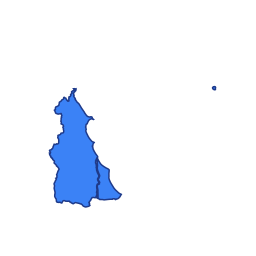 Takua Pa, Phangnga, Thailand (orthographic projection), rotated 154°
{"feature_id": "78962969B86019353442573", "entity_name": "Takua Pa", "entity_type": "district", "adm_level": 2, "iso_a3": "THA", "parent_name": "Thailand", "parent_adm1": "Phangnga", "projection": "orthographic", "projection_center": [98.301, 8.816], "detail": "fine", "context": "isolated", "style": "filled", "palette": "blue", "viewbox_px": 256, "rotation_deg": 154, "n_neighbors": 0, "source": "geoboundaries", "source_scale": "gbopen_adm2", "svg_char_len": 5836}
<svg xmlns="http://www.w3.org/2000/svg" viewBox="0 0 256 256"><g transform="rotate(154 128 128)"><path d="M221.1,105.1L221.7,102.2L222.3,101.4L222.4,100.8L223.0,100.3L223.8,98.8L223.9,98.2L223.9,96.7L223.7,95.8L224.1,94.4L224.5,93.5L224.4,92.7L224.2,92.4L223.1,91.6L222.4,91.3L221.7,91.2L221.2,90.3L220.4,89.6L218.7,90.8L218.4,90.9L217.6,90.9L216.7,90.4L216.5,89.9L215.9,89.4L215.0,89.0L214.2,88.5L213.3,88.2L212.9,88.0L212.6,86.8L212.0,86.5L211.8,85.5L211.0,84.7L210.7,84.1L210.3,83.9L208.3,84.1L207.9,84.0L204.5,81.3L204.2,80.7L203.3,80.2L202.8,79.0L202.6,77.9L202.4,77.4L201.6,76.4L200.9,75.7L200.1,75.4L197.8,74.9L197.2,74.9L196.2,75.1L196.2,76.6L195.9,76.6L195.6,77.2L195.6,77.9L195.7,78.3L193.1,79.5L193.0,79.8L190.7,81.2L189.6,80.8L188.1,79.7L188.0,79.8L187.4,80.0L187.2,79.8L186.2,80.8L185.0,82.1L184.6,82.7L184.7,83.5L184.3,84.2L183.1,85.8L182.7,86.6L182.5,87.6L181.6,89.6L181.0,90.3L180.2,91.0L179.1,91.0L178.3,91.6L178.1,92.2L178.1,94.6L177.8,95.3L177.5,95.8L176.0,96.7L175.4,97.4L175.2,97.9L175.0,98.7L175.1,101.0L174.7,104.0L174.1,105.3L173.9,106.5L173.3,107.2L172.9,108.3L172.5,109.6L172.4,110.8L172.5,110.8L172.5,111.0L172.2,111.2L171.3,112.5L171.5,112.7L171.2,112.9L170.3,113.7L169.9,114.0L169.1,114.8L168.1,115.0L167.9,115.2L167.8,115.9L168.4,119.3L168.6,122.1L168.6,124.3L168.0,126.5L168.2,126.8L168.0,127.2L167.8,127.0L167.7,127.1L166.6,128.7L166.1,129.2L165.2,129.8L164.8,129.7L164.7,129.8L166.2,131.6L166.5,132.3L167.3,135.7L167.4,137.1L167.5,137.5L167.5,141.6L167.3,143.7L166.8,144.6L166.3,144.8L165.7,146.8L165.8,147.2L165.5,147.7L165.3,147.7L164.7,148.7L164.0,149.6L162.8,149.7L162.4,150.2L162.1,150.4L161.2,151.2L160.5,151.7L159.3,152.3L158.8,152.4L157.9,152.4L156.6,152.2L156.2,151.9L155.4,150.8L155.2,150.8L155.6,151.7L155.7,152.4L155.6,153.4L155.7,153.9L156.1,154.1L156.8,154.5L157.6,154.6L159.2,156.0L159.4,156.3L160.0,158.4L160.3,160.4L160.4,160.5L160.3,161.2L161.1,166.6L161.3,169.3L161.4,169.8L161.4,170.1L161.4,170.8L161.8,172.1L162.5,173.8L162.5,174.6L162.9,176.0L162.9,176.5L162.7,176.5L162.6,176.8L162.6,177.0L162.7,177.4L162.5,177.9L162.7,178.6L162.9,180.3L162.6,180.5L162.5,181.0L162.1,181.1L162.1,181.8L161.9,183.1L161.2,183.3L161.0,183.6L160.5,183.8L160.2,184.1L159.9,184.0L159.7,184.3L159.1,184.3L158.9,184.5L158.6,184.5L158.7,185.2L158.0,185.4L158.1,185.6L157.9,185.8L158.0,185.8L158.0,186.1L158.4,186.2L158.3,186.3L158.4,186.5L158.8,186.8L159.1,186.8L159.7,187.1L159.6,186.4L159.7,186.0L160.2,185.7L160.7,185.6L161.7,185.6L162.8,185.3L163.0,185.0L162.9,184.6L163.0,184.2L164.0,183.5L164.4,183.5L164.9,183.2L165.1,183.0L165.0,182.5L166.0,181.7L166.3,181.6L167.2,181.8L167.6,181.7L168.0,180.5L168.4,180.3L169.2,178.3L170.0,178.3L170.5,178.7L170.5,179.7L170.9,180.2L170.8,180.6L170.9,181.5L170.8,182.0L171.4,182.6L171.6,183.1L171.8,183.5L172.3,183.6L172.5,183.5L172.9,182.7L173.6,182.3L174.0,182.2L175.0,182.3L176.4,181.5L178.3,181.3L178.9,180.6L179.2,179.9L179.6,179.6L180.3,178.7L182.1,178.4L183.2,178.6L183.5,178.6L184.4,178.0L185.0,176.9L185.0,176.6L186.3,176.3L186.1,175.7L186.4,174.8L186.3,174.2L186.5,173.4L186.3,172.7L184.7,171.1L183.4,170.8L182.6,170.4L182.0,170.5L181.8,170.4L181.7,170.1L182.0,169.1L181.9,168.5L182.0,168.1L182.9,167.4L183.1,167.1L183.1,166.6L183.4,166.5L183.9,166.0L184.0,165.5L184.2,165.2L184.4,164.9L185.1,163.8L185.4,163.5L185.3,162.7L185.7,161.8L186.3,161.2L186.3,160.9L185.4,160.0L185.1,159.5L185.1,157.9L186.2,157.3L186.3,156.5L186.2,156.2L186.2,155.9L186.7,155.1L187.0,153.6L187.6,152.6L188.0,152.3L188.4,152.1L188.9,152.2L190.4,152.7L190.7,152.6L191.2,152.0L191.7,151.9L192.4,151.8L193.8,152.1L194.2,152.0L194.5,151.6L194.6,151.0L195.1,150.5L195.4,150.1L195.4,149.7L195.2,148.8L195.6,147.4L196.9,144.9L197.3,144.6L198.1,144.5L198.8,144.7L199.2,145.1L200.2,144.9L200.8,145.2L201.5,145.8L202.8,144.6L203.1,144.4L203.3,144.0L203.6,143.9L203.6,143.7L205.0,142.5L205.7,142.6L206.3,142.1L207.9,142.4L208.4,142.2L208.5,141.9L208.5,141.3L208.2,140.2L208.9,139.8L209.4,139.9L209.3,139.4L209.7,139.5L209.9,139.2L210.0,138.7L209.9,138.7L209.9,138.0L210.1,137.2L210.0,136.9L209.9,136.8L209.9,136.7L209.7,136.6L209.7,136.4L210.1,135.9L210.1,135.5L209.9,135.1L209.9,134.7L209.5,134.5L209.4,134.2L209.6,134.1L209.6,133.9L209.3,133.5L209.3,133.0L209.5,132.7L209.2,132.1L209.2,131.8L208.7,131.0L208.8,130.1L209.5,129.4L209.7,128.9L209.7,128.5L209.4,128.0L208.9,126.8L208.8,125.6L208.9,125.3L208.9,125.1L208.5,124.8L208.4,124.0L208.2,123.5L208.0,122.6L208.0,121.2L209.2,120.4L210.5,119.3L211.6,118.1L212.6,117.4L212.7,117.2L212.6,116.6L213.7,114.6L213.9,114.5L214.9,114.5L214.7,113.8L214.9,113.4L216.5,112.3L217.8,111.1L218.6,110.7L219.1,109.8L219.2,108.7L219.9,107.4L220.8,106.3L220.8,105.7L221.1,105.1ZM168.2,68.9L167.0,69.1L165.6,69.6L163.1,71.3L163.4,71.7L164.0,72.4L164.8,73.6L166.5,78.1L167.0,80.2L167.5,85.4L167.6,86.9L167.5,89.5L167.1,91.6L166.5,92.5L165.1,95.5L163.6,97.9L163.3,98.8L163.8,99.9L165.2,101.7L166.6,103.9L167.4,105.4L167.9,106.4L168.3,107.6L168.5,108.9L168.8,112.1L168.7,113.7L168.8,113.9L169.0,113.6L169.2,113.0L169.8,112.4L170.2,111.3L170.6,110.8L171.9,107.5L173.0,105.8L173.5,104.7L173.8,103.4L174.2,99.7L174.2,98.0L174.5,97.3L176.1,95.7L177.1,95.2L177.3,94.9L177.5,94.3L177.2,92.0L177.4,91.3L178.0,91.0L178.2,90.3L178.4,90.2L178.9,90.2L179.4,90.6L179.8,90.6L181.1,89.2L181.4,88.4L182.3,85.2L182.9,84.1L184.7,80.0L185.4,78.8L185.5,78.1L185.3,77.2L185.0,76.4L184.7,76.1L182.3,74.9L181.0,73.9L176.3,72.2L174.2,71.3L173.3,70.8L173.0,71.0L172.7,70.8L172.2,70.8L171.7,70.6L171.1,70.2L170.8,69.3L170.6,69.1L170.2,69.1L169.8,69.4L169.4,69.1L168.2,68.9ZM33.1,127.6L33.6,127.5L34.2,127.3L34.5,126.7L34.5,125.8L33.9,124.8L33.6,124.5L32.8,124.2L32.6,124.2L32.4,124.5L32.2,125.1L31.5,126.0L31.5,126.7L31.9,127.2L33.1,127.6ZM185.8,80.0L186.4,79.3L186.5,78.5L186.4,78.3L186.2,78.4L185.7,79.3L185.8,80.0Z" fill="#3b82f6" stroke="#1e3a8a" stroke-width="1.5"/></g></svg>